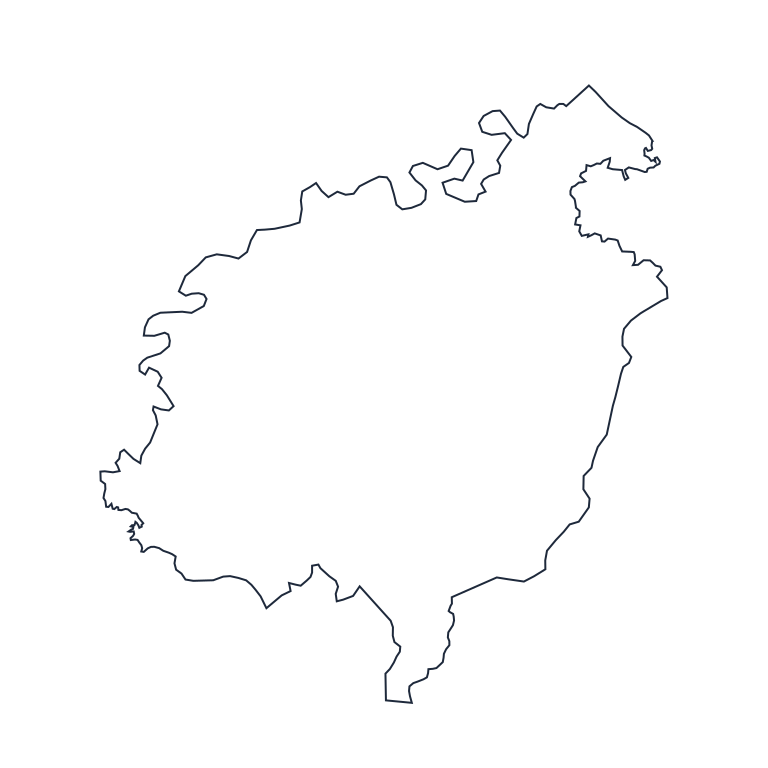 Ledang, Johor, Malaysia, rotated 185°
{"feature_id": "92858781B19407525562459", "entity_name": "Ledang", "entity_type": "district", "adm_level": 2, "iso_a3": "MYS", "parent_name": "Malaysia", "parent_adm1": "Johor", "projection": "albers", "projection_center": [102.644, 2.275], "detail": "fine", "context": "isolated", "style": "outline", "palette": "slate", "viewbox_px": 768, "rotation_deg": 185, "n_neighbors": 0, "source": "geoboundaries", "source_scale": "gbopen_adm2", "svg_char_len": 5075}
<svg xmlns="http://www.w3.org/2000/svg" viewBox="0 0 768 768"><g transform="rotate(185 384 384)"><path d="M297.9,177.5L254.8,201.1L243.3,200.3L227.4,199.4L217.7,205.6L207.1,213.5L208.0,222.3L207.1,232.1L199.2,243.5L192.1,252.4L186.8,260.3L178.0,263.8L169.2,278.9L169.2,287.7L176.2,296.5L177.1,309.8L170.0,318.6L169.1,325.7L165.6,339.8L157.7,353.0L154.1,382.2L152.4,391.0L150.6,402.5L148.8,414.9L147.1,421.9L141.8,426.3L140.0,432.5L149.7,443.1L150.6,452.0L149.7,459.9L143.5,468.7L134.7,476.7L131.2,479.3L115.3,490.8L109.1,494.3L110.8,504.9L121.4,514.7L117.0,521.6L118.9,524.9L123.9,525.6L126.8,528.1L129.7,530.3L136.2,529.9L141.3,524.9L146.4,524.1L144.5,528.5L145.6,535.0L146.7,537.2L149.6,537.2L158.3,536.8L161.5,542.2L163.7,547.3L166.2,548.0L173.5,548.4L176.7,545.1L179.3,545.1L181.1,550.9L187.2,552.4L190.5,550.2L193.7,548.4L193.4,550.9L199.9,548.8L202.8,553.1L202.1,559.2L207.5,559.6L206.8,566.1L203.9,567.9L204.2,573.4L208.2,576.3L208.2,577.0L209.7,583.1L210.4,584.9L214.7,588.9L215.1,592.5L214.0,596.5L211.1,598.0L207.5,601.6L203.5,602.3L201.0,603.4L206.8,608.1L206.0,611.0L201.3,613.9L201.3,618.6L201.3,619.7L197.0,618.9L194.1,620.4L191.2,622.2L187.6,622.2L185.0,625.5L178.5,628.7L178.5,625.1L180.0,618.9L174.9,617.9L165.5,617.9L163.3,611.7L161.5,608.4L158.6,610.6L161.5,615.0L162.6,618.2L159.0,621.1L152.5,620.0L150.7,620.0L142.7,617.9L140.8,618.3L140.1,621.4L137.8,622.7L134.3,623.2L132.7,625.1L128.8,627.4L128.5,629.7L131.8,633.6L133.9,632.7L132.9,629.0L135.0,630.6L137.3,629.5L139.9,632.5L142.4,633.6L144.5,634.3L144.5,636.2L145.2,639.6L144.5,641.5L143.6,642.0L141.5,639.2L138.3,640.3L137.3,641.7L138.3,645.0L138.0,649.8L137.9,649.8L141.7,654.7L145.2,657.0L148.9,659.1L154.2,662.1L161.9,665.3L170.4,670.2L184.6,680.4L198.7,693.4L205.9,699.2L226.7,676.7L229.7,678.6L233.7,678.3L235.5,676.9L238.6,673.2L246.5,673.8L252.7,676.6L256.1,673.8L258.9,665.9L262.3,655.7L262.9,645.5L266.3,641.6L273.1,645.0L277.6,650.1L286.6,660.8L292.3,666.5L299.6,665.3L308.1,659.7L312.1,652.3L308.1,643.8L298.5,641.6L285.5,644.4L278.7,638.2L286.6,624.6L290.6,616.7L287.2,611.6L287.8,604.3L297.4,600.3L302.5,596.4L304.7,591.8L299.6,584.5L306.4,581.1L308.1,574.3L319.4,572.6L338.6,578.8L343.2,589.6L331.8,594.7L323.4,593.5L314.3,612.8L317.1,624.6L327.9,625.2L333.5,617.3L339.2,607.1L349.4,602.6L364.6,607.7L374.2,603.7L377.1,596.9L370.3,589.6L363.5,585.1L359.0,580.5L359.0,571.5L362.9,566.4L372.0,561.9L381.0,559.6L387.2,563.6L390.6,573.8L395.2,585.6L399.1,590.1L407.0,590.1L414.9,585.6L425.7,578.8L430.8,570.9L438.7,569.2L447.2,571.5L455.6,565.3L463.0,570.9L469.2,578.3L474.9,573.7L482.2,568.7L482.8,559.6L481.1,551.1L482.2,537.6L491.8,533.6L506.5,529.1L516.1,527.4L524.0,526.3L529.1,515.5L531.9,503.6L539.9,496.3L549.5,498.0L561.9,498.6L572.6,494.6L579.4,486.1L591.3,474.2L596.4,458.4L589.1,454.7L583.4,457.2L576.5,458.3L571.1,457.2L568.2,453.2L570.3,446.0L581.9,438.1L591.3,438.4L613.0,435.5L619.9,431.9L624.2,427.9L627.1,419.6L627.5,411.3L617.0,412.0L606.9,416.0L603.2,414.5L601.1,408.4L601.4,403.0L609.4,395.0L622.1,389.6L626.0,386.3L629.3,381.6L628.6,375.8L622.8,372.6L619.5,379.8L610.5,376.5L606.1,370.8L609.0,362.4L604.7,359.5L599.3,353.8L591.7,343.6L596.0,338.9L604.0,339.3L611.6,341.5L611.9,337.8L608.7,332.8L606.1,324.1L611.9,305.3L616.3,298.8L619.5,291.5L619.9,283.9L627.1,287.6L632.9,292.3L637.2,295.9L640.8,293.0L641.2,286.5L644.5,282.1L642.3,279.2L639.8,274.2L646.3,272.4L654.6,272.7L658.9,272.0L657.8,263.0L653.1,260.1L652.4,255.0L653.1,250.7L653.5,246.0L651.3,243.1L650.1,237.5L647.8,237.5L645.1,240.9L643.4,236.1L641.8,235.9L639.5,238.2L638.1,237.9L637.6,235.4L634.6,235.4L630.7,237.0L628.2,236.8L626.3,235.6L624.0,233.8L619.1,233.3L617.7,231.2L616.8,229.4L614.0,226.6L611.7,224.3L613.3,222.4L612.9,220.8L615.2,219.4L616.3,221.7L618.2,224.1L619.6,225.0L619.8,223.6L620.3,221.7L622.8,221.3L623.8,220.1L621.2,219.7L621.4,217.8L623.1,216.9L625.6,214.8L624.0,214.6L620.5,215.3L619.8,212.9L620.7,210.9L623.1,208.3L622.6,206.5L618.4,207.4L615.9,207.2L614.0,204.8L611.7,202.3L610.6,199.3L611.2,196.0L608.7,195.8L605.0,199.7L602.0,201.4L598.7,201.8L593.7,200.9L589.3,198.6L586.5,197.9L583.7,197.2L580.2,196.0L576.5,194.0L577.1,187.1L574.9,180.9L569.2,177.5L564.7,171.9L556.8,171.3L537.0,173.6L527.4,178.1L520.6,179.2L512.1,178.1L504.2,176.4L498.6,172.4L494.1,167.9L488.4,161.7L481.6,150.4L474.8,157.2L467.5,164.5L459.0,169.6L461.3,177.5L454.5,176.4L449.4,175.8L443.8,181.5L440.4,185.4L439.2,189.9L439.8,196.7L433.6,198.4L431.3,195.0L421.7,187.7L414.9,183.7L412.1,178.1L413.8,170.7L412.1,163.4L405.9,165.6L396.3,170.2L390.6,180.3L356.7,148.7L353.9,142.5L353.3,134.0L351.1,127.8L344.9,123.8L344.9,118.7L347.7,113.6L349.9,107.4L353.3,100.6L357.3,95.6L354.5,69.0L328.5,68.8L330.9,75.2L332.3,80.3L332.3,85.0L328.7,88.6L324.7,90.4L318.9,93.3L315.7,95.5L314.9,99.8L314.9,103.8L310.6,104.5L307.0,105.6L303.4,109.6L301.2,112.1L300.8,116.5L300.8,120.5L299.0,125.2L296.1,129.5L296.5,133.5L298.3,137.1L298.3,142.2L295.8,146.9L294.3,149.8L293.6,154.5L294.3,158.4L295.1,161.0L298.3,162.4L299.8,163.5L298.3,168.9L297.2,171.1L297.9,177.5Z" fill="none" stroke="#1e293b" stroke-width="2"/></g></svg>